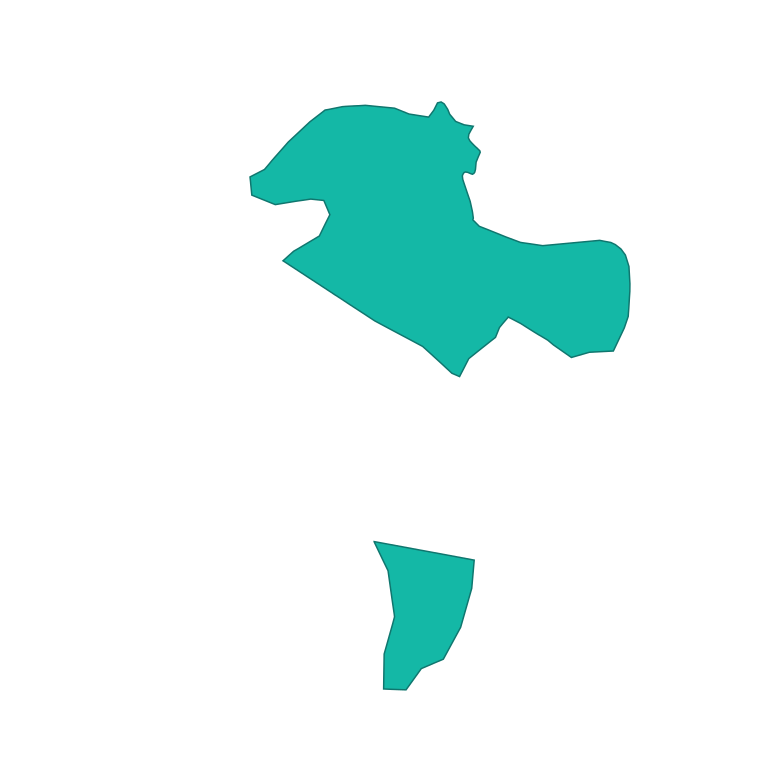 At Tyal, Sana'a, Yemen, rotated 22°
{"feature_id": "15242507B91957266097282", "entity_name": "At Tyal", "entity_type": "district", "adm_level": 2, "iso_a3": "YEM", "parent_name": "Yemen", "parent_adm1": "Sana'a", "projection": "mercator", "projection_center": [44.543, 15.27], "detail": "fine", "context": "isolated", "style": "filled", "palette": "teal", "viewbox_px": 768, "rotation_deg": 22, "n_neighbors": 0, "source": "geoboundaries", "source_scale": "gbopen_adm2", "svg_char_len": 2463}
<svg xmlns="http://www.w3.org/2000/svg" viewBox="0 0 768 768"><g transform="rotate(22 384 384)"><path d="M451.3,348.8L451.4,347.3L452.2,339.0L453.1,328.7L461.3,314.1L464.5,308.5L466.4,305.1L469.4,299.9L469.9,299.0L469.9,288.4L471.2,284.2L473.3,278.0L474.1,275.6L474.1,275.4L477.8,275.7L488.1,276.7L494.0,277.8L504.0,279.6L505.8,279.9L509.4,280.5L511.1,280.7L511.8,280.8L519.4,282.0L526.5,284.3L547.8,289.2L562.6,277.6L584.3,267.5L584.9,257.4L585.8,242.0L585.1,229.8L584.0,226.5L582.8,222.7L579.0,211.4L577.3,206.2L574.5,199.0L571.9,193.5L567.1,183.3L559.5,174.0L553.2,170.1L546.3,168.1L541.3,167.8L535.0,169.1L530.2,170.0L479.3,196.3L466.8,199.3L459.2,201.2L457.3,201.6L441.9,202.0L421.9,202.0L413.3,202.1L405.1,198.6L404.8,198.4L404.7,196.8L401.8,191.7L400.9,190.3L395.5,182.4L389.7,175.7L383.1,168.0L380.4,164.8L378.7,161.7L378.6,160.3L379.0,158.0L380.1,156.9L382.4,156.4L385.7,156.5L387.4,156.4L388.4,155.2L388.8,153.6L388.4,150.7L386.3,143.8L386.3,138.1L386.4,135.4L386.4,133.1L385.5,131.9L383.1,130.9L378.4,129.1L374.8,127.5L372.4,126.3L370.0,124.2L369.1,120.7L369.6,116.0L370.2,111.6L361.1,113.7L352.1,113.7L351.5,113.4L347.5,111.2L343.9,109.3L340.2,105.5L335.0,101.8L333.2,101.4L332.9,101.4L331.3,101.1L328.3,103.3L327.6,111.5L326.9,114.2L325.4,119.8L313.9,122.5L312.1,122.9L306.1,124.3L304.7,124.3L290.5,124.3L277.6,128.1L277.0,128.3L262.3,132.6L256.9,135.2L252.7,137.1L244.8,140.8L241.6,142.4L229.6,150.3L226.7,152.1L224.0,156.8L217.1,168.6L211.9,179.8L204.6,195.5L201.7,203.8L199.5,210.0L198.0,214.2L196.4,218.8L194.9,223.6L192.8,229.9L184.0,240.1L182.2,242.2L184.6,246.7L185.3,248.1L190.7,258.4L197.1,258.4L205.0,258.4L207.5,258.4L211.8,258.4L215.7,258.4L216.0,258.4L216.5,258.1L223.4,253.9L234.1,247.4L239.3,244.4L246.8,240.0L258.6,236.6L259.4,236.4L259.6,236.5L270.4,247.3L269.6,257.0L268.7,269.7L268.6,271.0L257.9,285.1L253.5,290.9L250.5,294.7L244.2,307.6L275.5,313.8L298.2,318.3L305.5,319.8L306.9,320.0L322.7,323.2L336.5,325.9L352.1,329.0L352.3,329.0L370.9,331.0L392.0,333.2L404.9,334.6L405.8,334.7L416.7,338.7L429.3,343.4L442.9,348.6L451.3,348.8ZM497.9,666.9L505.8,664.1L519.0,659.3L525.2,633.9L535.7,623.3L542.1,616.9L546.2,580.9L544.6,566.0L541.9,540.6L533.6,513.5L482.4,523.9L479.1,524.6L433.9,533.8L434.0,534.0L434.3,534.3L435.5,535.4L449.3,548.0L457.7,555.6L472.3,580.9L479.9,593.9L480.9,595.8L481.0,595.9L481.0,596.0L481.9,603.2L483.5,617.8L484.4,626.0L485.3,634.3L497.9,666.9Z" fill="#14b8a6" stroke="#0f766e" stroke-width="1.5"/></g></svg>